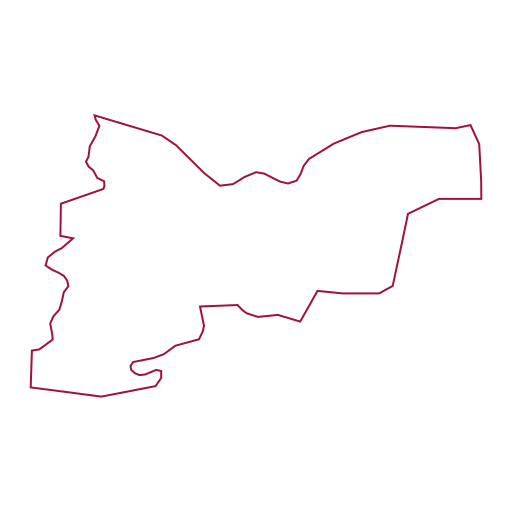 outline of Apes
{"feature_id": "LVA-5782", "entity_name": "Apes", "entity_type": "Municipality", "adm_level": 1, "iso_a3": "LVA", "parent_name": "Latvia", "parent_adm1": "", "projection": "robinson", "projection_center": [26.461, 57.451], "detail": "fine", "context": "isolated", "style": "outline", "palette": "rose", "viewbox_px": 512, "rotation_deg": 0, "n_neighbors": 0, "source": "natural_earth", "source_scale": "10m", "svg_char_len": 1175}
<svg xmlns="http://www.w3.org/2000/svg" viewBox="0 0 512 512"><path d="M161.7,135.5L161.9,135.6L176.0,145.2L204.4,173.3L220.0,185.7L233.1,184.1L244.7,176.9L256.1,172.2L264.2,173.6L279.8,181.5L288.0,183.5L296.6,180.7L300.6,174.0L303.6,166.0L309.0,158.9L334.0,143.5L361.6,132.1L389.9,125.7L455.6,128.2L470.5,125.1L479.2,144.1L481.2,181.5L481.3,198.9L438.9,198.9L408.0,213.8L402.3,241.1L392.7,285.9L379.2,293.4L342.6,293.4L317.5,290.9L300.2,321.6L277.8,314.9L258.0,316.9L246.7,313.3L242.3,310.0L237.5,305.0L200.0,306.5L204.0,325.8L202.8,331.3L199.0,339.3L175.4,345.7L163.8,354.2L153.5,358.0L133.2,362.0L130.5,365.9L131.2,369.8L134.9,373.2L139.5,375.1L145.1,374.5L156.2,369.9L161.2,371.0L161.2,377.9L155.6,386.1L101.3,396.6L30.7,387.4L31.9,350.6L39.3,349.4L52.7,339.5L52.2,334.1L50.2,323.6L53.4,316.3L59.3,309.7L61.8,301.5L63.8,292.3L68.4,286.1L67.1,280.4L63.8,275.9L58.3,272.6L51.7,269.5L45.6,265.5L47.8,257.5L54.9,251.7L61.9,248.0L73.1,238.3L60.4,235.9L60.9,203.7L103.4,188.9L104.4,185.9L104.1,181.3L97.3,178.0L93.3,170.5L88.6,166.6L86.0,161.7L88.5,156.7L89.8,146.3L95.3,136.5L99.4,125.8L95.7,119.7L94.6,115.4L161.7,135.5Z" fill="none" stroke="#9f1239" stroke-width="2"/></svg>